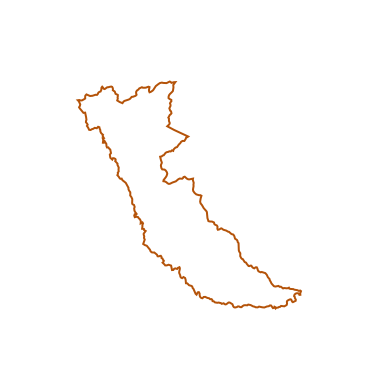 Espinosa, Minas Gerais, Brazil, rotated 208°
{"feature_id": "56859067B62651951271608", "entity_name": "Espinosa", "entity_type": "district", "adm_level": 2, "iso_a3": "BRA", "parent_name": "Brazil", "parent_adm1": "Minas Gerais", "projection": "natural_earth1", "projection_center": [-42.979, -14.905], "detail": "fine", "context": "isolated", "style": "outline", "palette": "amber", "viewbox_px": 384, "rotation_deg": 208, "n_neighbors": 0, "source": "geoboundaries", "source_scale": "gbopen_adm2", "svg_char_len": 6079}
<svg xmlns="http://www.w3.org/2000/svg" viewBox="0 0 384 384"><g transform="rotate(208 192 192)"><path d="M306.0,203.6L305.5,205.5L304.2,205.7L303.4,204.7L302.1,203.7L301.3,202.4L299.8,201.3L297.4,200.7L297.3,199.6L295.2,198.3L296.1,197.6L294.8,196.3L293.8,193.7L292.9,194.1L292.9,195.8L290.3,194.3L288.9,192.2L287.9,191.4L286.8,192.1L285.7,191.5L284.1,191.1L281.8,188.3L282.1,186.4L280.2,183.9L277.6,183.2L277.6,184.8L276.5,185.2L275.2,185.2L274.4,184.5L274.3,183.2L271.1,182.1L270.6,181.0L268.2,179.2L267.4,177.3L266.4,175.7L266.6,174.2L265.9,173.3L265.8,171.8L264.1,171.2L262.1,170.1L261.2,170.1L260.4,170.8L259.0,169.8L254.8,169.0L250.1,165.9L249.5,164.8L248.4,163.8L246.4,162.8L245.7,161.6L244.9,159.9L243.2,159.1L241.4,157.7L239.6,154.0L238.8,153.3L237.1,153.3L235.6,151.9L235.4,150.4L234.1,148.6L233.3,147.9L230.6,146.6L230.9,145.5L232.1,145.3L231.9,144.0L230.7,142.9L229.4,144.1L227.8,144.5L226.9,143.9L225.0,143.4L223.4,142.1L222.6,140.2L221.5,141.9L220.5,141.3L220.3,139.5L219.6,138.3L218.8,136.1L217.2,136.8L216.4,135.9L214.6,135.8L215.1,132.6L214.6,131.6L213.4,130.5L212.8,128.9L211.4,127.8L210.7,123.2L208.7,123.0L206.7,123.3L202.0,121.3L200.9,120.3L199.4,119.8L197.9,120.3L196.9,120.9L193.5,120.2L192.2,119.1L191.1,119.6L190.3,120.5L189.6,121.0L188.7,120.6L187.9,119.4L186.8,119.4L185.6,118.4L184.7,118.2L184.4,117.2L184.8,115.8L182.3,115.1L181.2,114.6L179.8,115.4L178.5,116.8L175.9,117.2L173.0,113.7L171.9,114.4L171.7,115.8L170.9,116.7L169.0,117.1L168.8,118.4L167.8,119.7L167.0,119.1L166.5,118.0L166.0,116.0L165.4,114.6L163.3,112.9L162.6,111.9L161.7,111.3L160.3,111.3L159.6,112.9L157.7,112.8L156.4,111.5L154.5,108.6L153.2,109.1L150.9,108.3L148.5,108.8L147.5,108.7L146.3,107.5L145.3,107.2L141.0,103.8L139.8,103.5L139.8,106.1L139.0,106.8L137.7,106.0L136.8,104.5L135.9,103.5L135.1,103.0L133.9,102.8L132.9,103.1L132.4,104.8L131.1,105.6L128.7,105.7L127.0,106.2L125.6,105.9L124.4,106.6L123.4,106.2L122.6,105.3L121.5,105.7L119.9,105.3L117.6,106.1L116.4,107.0L115.5,107.1L114.5,107.5L113.3,107.2L111.8,108.6L110.5,108.3L109.4,108.6L108.6,109.9L107.9,111.5L106.8,112.1L103.6,111.9L101.9,110.4L100.9,110.0L99.8,110.2L98.4,111.4L97.7,112.6L96.7,113.0L95.4,113.0L94.2,113.6L93.8,115.0L92.9,116.4L91.8,117.1L90.0,117.9L89.5,119.0L87.2,119.7L84.3,119.7L83.0,120.1L81.7,120.1L79.8,121.0L79.0,122.3L75.8,123.2L73.9,124.0L72.1,126.1L70.6,127.2L69.9,128.5L68.9,128.9L66.0,127.5L65.1,128.3L65.3,129.4L64.4,129.4L63.5,128.5L63.1,129.5L61.8,130.3L61.2,131.3L60.3,132.0L59.9,133.2L56.8,134.4L55.4,136.6L55.6,137.9L56.7,139.6L56.8,140.6L56.1,141.9L54.9,143.4L53.9,143.6L52.1,142.2L51.2,142.1L49.4,144.6L49.8,145.7L51.4,146.7L52.0,147.6L53.0,148.0L53.3,149.6L52.8,150.9L52.2,151.6L50.8,152.4L50.0,152.4L48.9,151.6L48.1,152.1L48.9,153.3L49.2,155.6L50.1,155.8L51.4,154.8L52.8,154.8L55.8,153.8L57.0,153.8L59.4,152.7L60.7,152.4L61.5,153.0L62.1,152.2L63.0,151.5L65.7,150.4L66.3,149.6L69.1,150.1L70.2,149.4L71.5,149.7L74.1,147.6L75.5,147.3L79.0,148.6L79.8,149.3L82.0,150.7L82.6,151.5L85.0,152.4L87.1,154.0L89.2,154.8L92.9,154.1L93.7,153.3L96.1,153.2L97.4,154.1L98.4,155.2L99.5,155.9L100.5,155.3L101.2,153.8L102.3,153.7L103.6,154.0L105.0,154.8L105.9,154.4L106.4,153.6L107.3,153.2L110.0,154.3L111.0,155.0L112.6,154.9L115.7,156.6L116.6,156.4L117.6,156.8L119.3,158.0L120.6,160.6L122.4,161.6L123.3,162.5L126.9,168.7L128.2,169.3L128.8,170.1L129.9,170.8L132.1,171.0L133.9,172.9L134.9,173.5L135.8,173.8L136.8,173.5L137.9,173.5L140.6,174.2L141.5,173.9L143.7,174.0L146.6,173.4L148.4,173.7L149.2,173.6L150.4,171.7L151.4,170.8L152.3,171.4L153.3,173.5L154.3,174.1L156.7,174.0L157.5,174.4L158.2,175.4L160.4,175.3L162.5,174.3L163.8,174.0L166.1,176.2L169.4,181.2L170.2,181.8L174.0,183.2L177.0,185.1L179.1,186.0L180.3,187.3L181.3,190.2L181.9,193.1L183.2,193.1L184.2,192.5L187.1,191.9L189.3,192.4L191.3,193.4L192.3,194.6L193.4,198.0L194.1,199.0L194.8,200.9L197.0,203.1L197.4,204.3L200.4,201.8L201.5,201.4L202.8,201.4L205.6,202.1L206.5,201.2L206.5,200.1L206.9,199.1L209.2,198.1L210.1,196.8L211.3,193.8L213.7,191.2L215.2,189.1L216.2,188.3L217.7,188.2L219.1,188.6L220.9,188.6L222.3,188.1L222.7,189.2L222.1,192.7L222.0,194.3L222.4,196.5L223.4,197.6L225.2,198.6L226.7,198.9L228.9,198.0L230.3,198.8L231.8,200.6L232.2,201.8L232.2,202.9L232.5,203.9L234.3,205.5L236.7,208.2L235.5,209.2L234.9,210.6L234.2,211.2L233.7,214.2L233.0,215.3L231.8,216.3L231.1,217.3L229.8,217.8L229.3,219.3L227.9,219.5L228.2,220.6L228.0,221.8L227.4,223.5L226.3,224.6L225.9,227.8L225.3,229.5L225.2,231.1L224.4,232.6L222.7,233.5L222.5,236.0L222.7,237.3L221.9,238.2L221.4,239.2L236.8,238.4L244.7,238.4L243.8,241.1L244.0,242.4L245.7,243.9L246.9,246.1L247.8,246.5L247.8,249.6L247.3,250.6L247.1,251.9L248.4,253.4L249.5,253.6L251.3,255.3L251.4,258.0L252.1,259.1L253.1,260.0L253.1,261.1L252.8,262.4L253.5,263.6L255.5,263.6L256.8,263.9L257.4,265.1L257.7,266.6L257.5,268.1L256.5,271.2L256.3,272.3L257.5,275.7L258.8,277.7L258.3,281.2L259.6,280.4L261.4,278.7L262.4,279.1L263.5,279.1L265.6,276.2L268.8,274.7L269.9,274.5L271.5,273.1L272.4,271.4L273.7,268.5L274.1,263.8L274.4,262.9L275.5,260.9L276.3,260.1L277.4,261.0L278.2,262.6L278.4,263.7L278.8,264.7L279.9,264.5L281.8,262.4L283.2,261.6L284.3,261.0L285.4,261.0L287.2,258.7L287.4,257.4L288.3,255.6L288.3,254.0L287.5,252.7L286.6,251.8L287.0,250.4L288.9,248.3L289.9,247.7L290.5,245.1L291.3,243.9L294.4,240.7L294.9,239.6L295.1,237.8L298.1,237.5L301.0,237.7L301.4,239.7L302.2,240.7L302.5,241.9L303.1,242.9L305.6,242.8L307.3,244.4L309.7,244.7L310.1,245.7L310.7,246.5L311.8,247.3L312.8,247.2L314.3,246.0L315.1,245.2L316.0,244.7L317.4,241.9L318.5,241.7L319.6,242.4L320.7,242.8L320.9,241.7L320.0,239.4L319.9,237.8L320.8,236.9L321.3,235.8L321.2,234.1L321.5,233.1L322.8,232.6L325.1,230.2L327.1,228.9L331.0,228.6L331.4,227.0L330.9,225.6L330.2,224.4L330.8,223.3L332.1,221.3L333.1,220.6L334.7,220.3L335.9,219.4L334.6,219.0L331.8,216.9L331.4,215.3L331.5,213.8L330.5,213.2L325.0,210.9L323.6,211.9L320.6,208.3L319.1,206.2L318.9,204.9L318.4,203.8L316.7,203.1L315.7,202.4L315.8,201.0L314.0,200.1L312.0,198.6L310.7,199.1L309.7,200.7L308.9,201.4L308.0,203.0L306.0,203.6Z" fill="none" stroke="#b45309" stroke-width="2"/></g></svg>